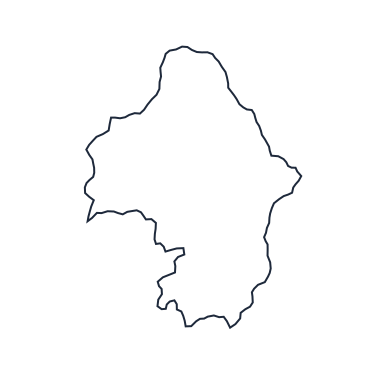 Bom Jesus da Penha, Minas Gerais, Brazil (Mercator projection), rotated 250°
{"feature_id": "56859067B40299678999449", "entity_name": "Bom Jesus da Penha", "entity_type": "district", "adm_level": 2, "iso_a3": "BRA", "parent_name": "Brazil", "parent_adm1": "Minas Gerais", "projection": "mercator", "projection_center": [-46.535, -21.01], "detail": "fine", "context": "isolated", "style": "outline", "palette": "slate", "viewbox_px": 384, "rotation_deg": 250, "n_neighbors": 0, "source": "geoboundaries", "source_scale": "gbopen_adm2", "svg_char_len": 2239}
<svg xmlns="http://www.w3.org/2000/svg" viewBox="0 0 384 384"><g transform="rotate(250 192 192)"><path d="M200.2,83.9L201.8,89.2L204.9,95.5L203.1,99.8L202.8,106.1L200.4,111.9L197.5,115.3L194.7,119.3L195.5,124.4L194.6,129.2L193.7,133.8L190.4,137.1L186.5,138.2L182.0,139.3L180.4,144.6L175.3,147.5L169.8,145.2L165.4,142.8L160.3,140.6L155.5,140.4L154.6,144.6L150.3,146.7L145.1,146.7L144.7,152.8L144.2,158.3L142.2,164.7L135.9,163.4L135.7,156.6L132.8,151.7L128.1,151.0L122.2,148.5L122.0,142.1L121.8,135.5L119.4,129.1L114.8,128.8L111.3,130.3L106.3,128.8L102.4,123.5L96.5,120.5L92.3,123.4L91.2,127.4L94.9,129.8L96.7,133.6L96.2,138.4L91.8,139.3L86.8,137.6L83.4,141.1L78.7,141.4L73.6,141.1L67.9,140.1L66.2,145.4L69.1,151.7L70.1,156.1L68.9,160.1L69.5,164.2L68.5,170.3L65.1,174.7L63.9,179.1L58.7,180.6L51.5,181.4L53.0,187.6L56.7,194.0L61.8,196.4L63.6,202.0L64.4,207.3L67.4,211.3L73.2,213.1L77.3,214.0L79.9,217.3L82.2,222.3L82.4,229.6L86.5,234.5L89.3,237.3L93.2,239.8L99.2,241.4L106.3,241.2L112.6,243.6L116.9,245.1L120.7,244.4L124.9,244.3L128.4,247.6L132.6,250.1L136.5,253.9L141.4,256.0L145.1,258.1L149.5,261.5L153.4,265.2L155.5,271.5L156.8,276.8L156.7,281.4L157.1,285.8L161.6,288.7L163.8,291.9L166.1,296.1L169.6,300.1L175.3,297.9L179.4,297.6L180.8,293.9L183.6,291.2L187.7,290.8L191.6,289.3L196.1,285.3L199.0,279.0L204.2,279.2L208.3,279.9L216.3,278.6L221.8,277.2L225.9,277.7L231.1,277.7L235.7,276.6L239.8,276.8L244.0,277.2L248.6,276.2L250.8,271.8L254.0,269.1L258.3,266.6L264.1,265.7L268.5,264.6L273.6,263.0L277.6,261.7L281.6,263.1L288.0,264.1L293.3,264.5L299.5,262.8L305.5,261.7L310.0,259.6L314.5,258.5L318.0,254.3L319.8,249.1L321.9,244.4L325.5,240.5L329.8,237.3L332.0,232.4L331.4,225.8L332.5,219.3L330.8,214.5L327.5,212.1L323.9,209.0L319.6,204.7L315.8,203.6L311.1,202.4L306.5,199.2L300.0,196.6L295.5,191.9L292.9,186.1L289.4,180.2L285.7,175.1L283.5,169.9L285.7,165.1L285.9,159.4L285.1,154.8L285.9,149.6L288.2,145.2L289.6,141.4L284.0,137.9L278.3,134.7L276.9,128.0L276.5,121.1L274.1,116.4L271.5,111.5L268.0,107.2L261.8,108.2L256.7,109.6L252.4,108.9L248.2,108.3L243.5,106.7L240.0,104.3L238.3,99.7L236.5,96.0L233.0,92.9L227.6,91.2L222.6,93.8L217.9,96.9L212.8,92.3L208.5,89.2L204.5,86.4L200.2,83.9Z" fill="none" stroke="#1e293b" stroke-width="2"/></g></svg>